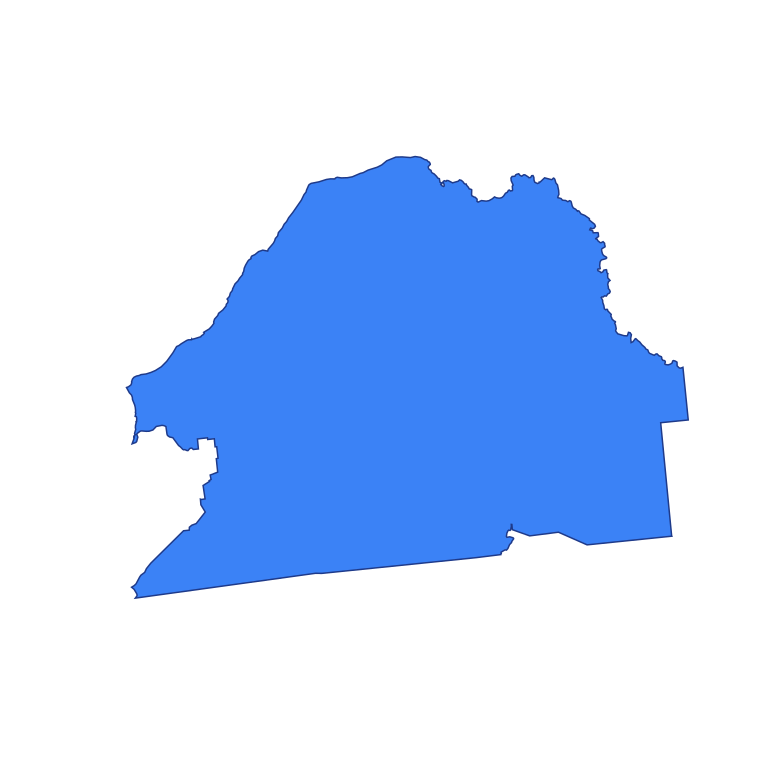 the district of Wyndham, Victoria, Australia, rotated 166°
{"feature_id": "25037944B15313699759774", "entity_name": "Wyndham", "entity_type": "district", "adm_level": 2, "iso_a3": "AUS", "parent_name": "Australia", "parent_adm1": "Victoria", "projection": "mercator", "projection_center": [144.582, -37.893], "detail": "fine", "context": "isolated", "style": "filled", "palette": "blue", "viewbox_px": 768, "rotation_deg": 166, "n_neighbors": 0, "source": "geoboundaries", "source_scale": "gbopen_adm2", "svg_char_len": 6148}
<svg xmlns="http://www.w3.org/2000/svg" viewBox="0 0 768 768"><g transform="rotate(166 384 384)"><path d="M677.1,236.4L496.2,216.9L490.2,215.3L336.4,193.2L311.9,190.2L311.8,190.8L311.2,191.1L311.1,192.5L307.3,193.6L306.4,193.7L305.3,193.2L303.6,194.4L301.0,197.8L298.6,199.3L298.1,200.3L295.7,202.4L295.6,202.9L296.0,203.6L298.9,205.3L301.8,205.5L302.1,206.4L300.9,209.5L299.4,211.4L298.5,212.0L297.1,211.4L296.5,211.8L294.9,214.9L294.5,217.0L293.9,216.8L294.7,211.6L279.4,201.4L250.6,198.0L225.9,178.8L141.5,166.7L141.6,167.4L124.9,279.5L97.5,275.5L89.9,327.9L92.1,327.6L93.2,327.9L93.9,328.5L95.2,330.7L94.4,334.3L95.7,335.7L97.4,336.7L98.3,336.5L99.4,334.7L101.3,334.0L103.7,333.8L106.3,334.9L106.7,335.6L105.7,337.3L105.7,338.2L106.2,338.9L107.7,339.5L108.0,340.6L108.5,341.2L108.1,342.6L108.3,343.4L110.4,344.9L111.8,347.2L113.0,347.3L114.9,346.5L118.9,349.5L119.5,350.7L119.8,353.2L121.5,354.7L122.0,356.4L124.3,359.7L125.7,362.9L127.0,364.4L128.7,367.1L129.3,367.1L132.2,364.8L134.2,364.4L133.6,368.6L132.0,372.0L132.8,374.2L134.3,375.0L135.9,372.4L136.6,371.9L139.6,372.9L145.0,376.1L146.3,379.0L146.3,379.9L145.3,381.4L145.1,385.6L145.5,387.2L144.4,388.2L144.4,388.6L145.6,389.6L147.1,392.0L147.1,393.5L147.5,394.8L146.7,396.6L149.1,400.7L149.2,402.3L149.9,402.6L150.9,402.4L152.0,403.6L151.7,406.9L152.0,410.2L151.6,412.4L152.4,415.3L151.5,415.8L150.3,415.4L148.7,416.2L147.0,415.5L145.0,417.3L143.3,417.6L142.2,418.8L142.3,420.4L143.2,422.5L142.9,423.5L142.8,426.6L141.5,428.9L139.6,429.8L141.2,432.9L140.6,436.0L140.0,436.9L140.8,438.0L140.4,440.8L140.7,441.2L143.2,441.3L144.5,439.9L146.5,439.5L147.4,441.0L148.9,442.0L149.1,443.1L148.4,443.9L147.2,443.5L146.3,443.6L146.1,446.7L144.9,450.0L143.7,451.4L142.7,451.8L138.3,451.9L137.4,452.5L137.5,453.3L139.6,455.3L140.1,456.2L140.5,457.4L140.6,460.3L140.3,462.0L139.7,462.6L136.4,463.6L136.1,464.3L136.2,465.8L135.9,467.2L137.0,469.1L139.2,468.6L140.1,468.9L141.9,471.4L142.2,472.8L143.4,473.6L143.4,473.9L142.3,474.1L141.8,474.7L141.0,474.8L140.1,475.3L139.6,478.5L139.8,479.1L144.4,480.1L144.5,482.2L147.1,483.8L145.9,485.3L145.5,485.3L144.8,484.3L144.3,484.2L142.2,484.5L140.7,485.9L141.0,488.0L145.1,493.4L144.7,494.5L144.9,495.0L148.4,499.0L151.7,501.4L153.0,504.7L154.0,505.2L154.5,504.9L155.7,507.2L157.7,509.0L158.3,511.2L158.3,515.4L158.6,516.3L159.6,517.0L161.5,516.4L163.3,518.1L166.4,519.2L167.3,521.1L170.3,522.8L169.8,523.9L168.4,525.7L167.7,529.8L167.5,535.2L168.6,537.6L168.7,541.3L169.3,542.5L169.8,542.8L171.4,541.8L172.1,541.8L178.3,545.2L183.6,542.2L184.6,542.4L184.9,541.6L186.6,541.4L188.9,543.3L189.1,545.4L188.6,548.3L189.0,550.2L190.3,550.4L191.8,548.9L193.5,549.1L194.1,550.2L196.7,552.9L197.9,553.2L200.1,552.3L201.7,553.7L202.4,555.4L204.4,555.4L205.6,555.1L206.8,553.9L209.5,554.4L211.0,553.1L211.4,550.5L210.6,546.0L210.7,545.6L211.7,544.9L212.3,541.1L212.7,540.6L214.7,540.7L215.3,541.8L216.4,541.8L218.0,540.2L220.0,539.7L222.4,537.5L224.2,536.5L225.4,536.3L227.3,536.4L229.9,537.5L231.5,538.8L234.1,537.5L237.8,536.5L240.6,536.7L245.1,538.4L248.7,537.7L249.6,538.8L249.0,540.4L249.1,541.2L250.4,543.2L251.3,543.6L253.2,545.4L253.2,546.6L251.9,551.2L252.5,551.9L254.1,552.7L254.5,554.4L255.8,556.9L255.8,558.1L256.8,558.3L257.8,559.3L258.1,560.5L259.6,562.8L261.3,563.8L262.9,562.8L268.8,562.6L272.3,565.7L273.8,566.3L274.7,565.7L276.1,566.6L277.2,566.4L278.7,565.1L277.9,565.6L277.6,564.8L277.4,562.5L277.9,561.4L278.4,561.2L279.8,562.3L280.7,563.9L280.2,564.5L279.4,564.3L279.1,564.8L280.9,566.3L280.6,569.8L282.2,571.0L282.6,572.5L284.5,575.7L286.3,577.3L286.7,578.4L286.7,579.9L288.3,581.4L288.7,583.0L288.4,584.3L286.0,585.8L285.9,586.7L286.3,588.3L287.3,589.0L288.3,590.9L290.2,591.9L293.7,595.1L298.8,597.2L303.5,597.3L311.3,599.9L317.6,601.3L327.4,599.9L333.2,597.1L338.1,596.0L347.7,595.4L353.1,594.1L356.1,594.1L364.6,592.7L369.5,593.0L375.6,594.3L379.4,595.9L381.3,595.6L382.1,594.9L386.3,596.0L390.4,596.4L398.2,595.9L406.2,596.3L408.4,595.6L409.3,594.7L412.3,590.8L413.2,589.1L415.8,587.1L419.7,582.4L431.1,572.4L436.3,568.4L439.2,565.2L442.2,563.2L445.0,559.9L449.8,556.5L451.4,553.4L454.2,551.5L455.6,549.2L457.4,547.3L463.8,542.7L464.7,541.1L469.3,543.2L473.7,542.8L477.9,540.8L481.4,540.1L482.5,539.0L482.7,537.8L485.0,537.1L486.2,536.3L489.5,532.9L491.6,530.2L492.9,527.2L494.4,525.6L494.7,524.4L498.5,521.6L500.7,519.4L504.3,517.2L507.8,513.0L508.5,511.5L511.1,509.4L512.8,506.4L515.7,504.4L515.1,502.8L515.3,502.0L516.0,500.7L517.7,499.5L518.4,497.9L522.5,494.8L527.4,492.6L528.8,490.6L532.7,488.0L534.3,485.4L534.4,484.0L537.2,481.7L540.3,479.7L546.4,477.8L546.0,477.2L546.1,476.7L547.6,475.6L549.6,474.9L550.2,474.2L556.7,473.8L559.2,473.8L559.5,474.2L559.6,473.6L560.0,473.5L563.2,474.2L564.9,474.0L571.3,472.0L573.5,471.0L576.2,470.5L581.2,465.4L589.3,458.6L595.9,454.6L602.5,452.4L607.4,451.6L612.4,451.3L617.5,451.9L619.5,451.5L622.3,451.6L625.0,451.0L626.9,449.6L628.4,447.2L628.4,446.5L629.3,444.9L630.0,444.2L632.7,443.1L634.7,442.9L633.2,437.1L631.7,434.4L631.4,432.1L631.8,429.7L631.0,424.0L631.0,421.6L631.5,418.0L632.2,416.3L631.9,415.7L633.3,412.8L632.2,412.3L632.2,410.8L633.0,407.8L633.7,407.6L633.8,407.0L633.5,406.9L635.1,404.1L635.8,401.8L635.9,400.0L638.0,396.4L638.0,395.2L637.5,395.0L639.4,393.9L639.6,393.1L638.9,393.4L639.6,391.8L642.9,386.9L639.0,387.3L637.9,388.0L635.7,392.0L636.0,394.4L635.7,395.6L631.9,397.2L630.5,397.1L626.1,395.6L623.3,395.0L619.3,395.3L615.2,397.9L609.4,397.6L607.5,396.8L605.9,395.5L606.7,387.8L606.5,386.4L604.9,384.5L601.9,383.0L598.2,374.0L596.8,372.3L595.1,369.3L594.3,368.6L593.1,368.5L591.3,367.1L590.3,366.8L588.0,368.4L586.6,368.5L585.8,368.1L584.9,366.6L579.8,365.9L578.3,375.8L568.3,374.5L568.5,372.8L561.9,371.9L563.1,363.9L561.5,363.6L563.0,352.1L564.8,352.1L566.7,338.7L574.7,337.7L574.9,333.2L577.1,332.5L576.9,331.7L584.1,329.3L585.4,315.8L589.0,316.1L590.0,316.7L590.9,311.1L588.4,303.0L600.0,294.0L604.6,293.5L607.5,292.1L608.3,289.3L614.0,290.1L653.6,266.6L659.1,262.4L661.8,259.1L666.1,257.3L667.8,255.8L672.9,250.1L675.2,248.8L678.1,247.9L676.2,245.3L674.7,240.5L674.6,239.1L674.9,238.2L677.1,236.4Z" fill="#3b82f6" stroke="#1e3a8a" stroke-width="1.5"/></g></svg>